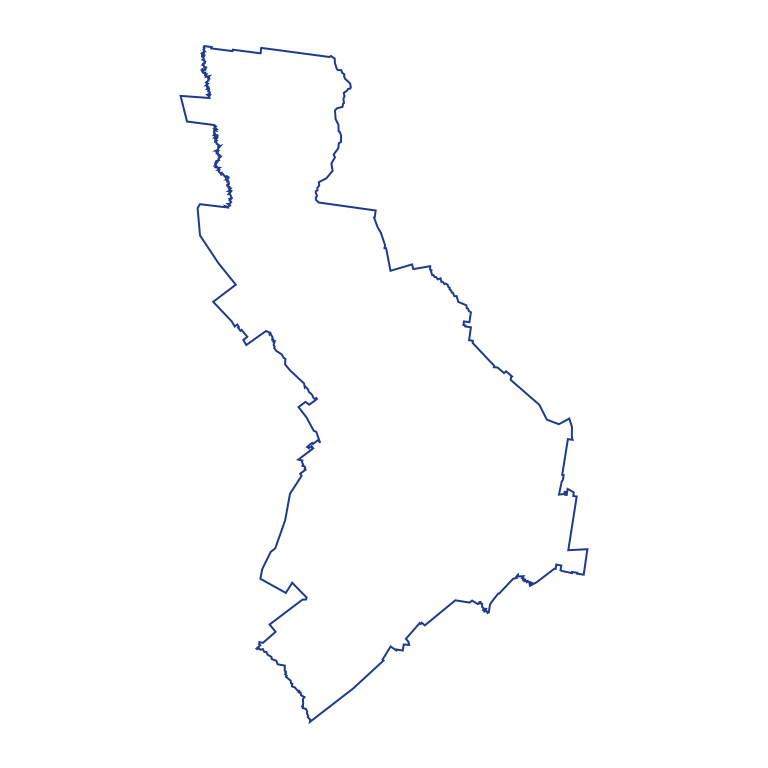 outline of Warren, New South Wales, Australia
{"feature_id": "25037944B92926148840872", "entity_name": "Warren", "entity_type": "district", "adm_level": 2, "iso_a3": "AUS", "parent_name": "Australia", "parent_adm1": "New South Wales", "projection": "albers", "projection_center": [147.59, -31.296], "detail": "fine", "context": "isolated", "style": "outline", "palette": "blue", "viewbox_px": 768, "rotation_deg": 0, "n_neighbors": 0, "source": "geoboundaries", "source_scale": "gbopen_adm2", "svg_char_len": 6027}
<svg xmlns="http://www.w3.org/2000/svg" viewBox="0 0 768 768"><path d="M256.5,648.6L257.4,649.2L258.9,648.3L260.6,649.8L262.9,649.1L264.2,651.8L266.4,652.0L267.7,654.8L271.3,656.8L271.9,659.2L276.4,660.8L277.6,664.3L284.8,665.6L284.7,670.6L285.8,671.4L285.4,672.3L286.1,673.1L285.2,674.3L286.7,675.7L285.9,676.8L290.6,680.6L291.0,683.3L292.3,683.8L291.9,686.4L294.9,687.4L297.4,690.5L298.3,690.6L298.5,691.9L299.4,691.3L299.7,692.7L300.7,692.7L301.1,695.3L304.5,697.1L302.9,699.1L303.2,703.7L302.3,706.3L303.0,706.2L302.9,708.1L305.9,708.9L307.2,711.5L307.0,713.7L308.2,715.7L307.7,717.0L310.3,719.7L309.9,721.9L353.3,688.4L383.6,660.4L382.6,659.5L390.6,646.5L396.3,650.4L396.4,649.5L402.8,650.5L403.7,644.5L409.1,644.9L408.4,641.7L405.9,638.8L419.7,623.1L420.7,624.0L421.8,622.7L424.8,625.4L455.3,600.3L469.6,602.6L472.1,600.6L477.8,604.1L478.9,603.6L479.4,602.1L480.5,602.0L480.7,603.5L482.2,603.9L482.1,607.0L483.8,608.6L482.7,610.9L484.9,608.9L486.1,608.9L484.9,611.4L486.7,611.1L487.6,613.0L488.8,612.4L490.0,604.4L493.6,599.4L498.3,593.5L499.1,593.6L513.1,578.8L516.6,577.9L516.1,577.1L518.0,574.7L518.4,576.5L523.4,576.2L522.2,577.9L524.2,578.0L522.7,578.7L523.2,580.2L525.0,579.7L524.7,581.3L527.2,580.9L527.1,582.1L528.5,581.5L532.5,583.2L531.1,584.3L529.5,583.1L529.9,585.8L536.7,582.2L554.4,568.7L555.6,568.9L556.3,564.6L561.3,565.5L560.5,570.3L562.0,571.0L572.1,573.1L572.1,572.0L577.3,572.8L577.1,573.7L583.7,574.7L587.4,549.2L568.3,550.2L576.7,496.5L573.3,496.0L573.8,492.4L567.6,488.9L566.7,495.0L565.4,494.8L566.6,492.1L564.6,491.8L564.3,494.0L559.0,494.6L561.7,481.6L563.0,479.6L563.6,475.1L562.2,474.9L567.9,439.1L572.6,439.8L571.8,436.7L572.0,427.2L569.3,418.6L558.8,424.2L546.9,419.7L539.3,404.8L510.7,379.9L511.1,377.1L512.1,376.5L506.1,371.3L504.1,373.1L497.5,367.5L493.9,367.2L494.2,365.8L472.6,342.9L472.9,340.8L469.1,340.2L470.9,327.3L465.2,326.4L465.3,325.3L463.4,325.0L464.0,321.4L469.4,322.2L470.9,312.3L468.9,311.1L468.1,308.7L466.8,308.2L466.4,305.3L458.3,301.9L456.6,296.1L454.4,296.2L452.9,292.7L451.6,292.5L451.2,290.5L449.6,289.4L449.9,288.0L448.4,287.0L447.6,284.6L445.3,283.6L444.5,284.1L442.7,281.9L441.5,282.0L440.5,278.3L437.8,279.4L436.0,277.0L434.4,276.9L433.6,275.1L432.2,275.1L431.0,271.4L431.5,270.3L430.1,269.7L430.2,266.2L413.3,269.1L412.1,264.4L390.5,270.8L386.1,248.2L384.6,248.2L385.0,245.0L380.9,232.9L377.5,226.9L374.0,217.4L374.8,217.0L375.7,210.5L318.7,202.5L316.2,200.1L315.7,198.1L317.0,195.8L315.7,192.4L315.9,191.1L317.5,190.4L317.3,187.9L319.2,185.5L318.8,182.2L326.4,178.3L332.6,170.8L331.4,163.4L335.0,157.3L333.6,154.6L338.4,148.1L338.8,143.3L341.0,141.9L341.1,135.5L339.7,131.8L338.7,131.4L338.4,124.7L335.6,119.2L335.0,110.4L337.0,108.3L342.5,106.9L343.0,103.9L344.0,103.0L343.4,99.0L344.5,96.3L343.8,92.8L347.0,90.7L348.1,88.8L350.3,88.6L350.8,87.1L350.1,83.4L345.2,78.9L344.0,76.0L344.4,74.4L342.1,72.7L341.3,70.1L337.9,70.1L336.8,68.8L334.9,63.0L334.7,58.6L330.9,56.0L329.5,57.0L261.3,47.9L260.5,53.3L232.8,49.7L232.5,51.1L211.3,48.4L211.7,47.1L204.3,46.1L203.6,47.2L204.4,48.3L203.4,49.5L204.8,51.3L203.9,51.3L203.8,53.3L202.8,52.7L201.7,53.5L203.7,55.0L202.0,55.5L202.0,56.5L204.1,56.1L203.3,57.6L203.7,58.6L202.6,59.7L204.4,60.3L204.4,61.5L205.2,61.7L204.7,63.3L202.3,63.9L203.3,64.1L202.5,64.9L203.7,65.3L204.2,67.5L207.0,67.2L204.9,68.3L205.4,69.7L203.1,70.5L202.4,69.2L200.9,70.4L201.7,70.2L202.9,72.5L205.0,72.6L204.3,73.3L205.1,73.6L205.0,74.9L206.5,74.4L205.8,76.9L209.2,76.2L208.7,76.7L209.3,78.5L208.2,78.5L208.5,80.4L206.1,82.5L207.9,83.6L206.0,85.4L207.3,85.4L207.8,86.7L206.4,87.5L208.6,87.4L208.9,88.3L207.2,89.2L209.1,90.1L208.3,91.4L209.9,92.4L209.8,93.6L207.2,94.7L208.4,95.7L209.8,95.4L209.1,96.5L209.5,98.0L180.6,95.9L187.0,121.5L214.5,125.1L215.1,125.7L214.7,126.4L215.7,126.6L214.8,127.5L216.5,129.1L214.4,129.1L215.9,130.7L214.2,130.4L213.9,132.6L215.0,133.4L213.8,135.1L216.2,135.1L214.8,137.0L217.5,136.1L217.3,137.9L214.9,138.5L216.4,140.0L215.3,140.1L215.1,141.7L216.3,141.5L216.5,143.7L218.6,144.8L218.3,146.6L220.3,146.0L218.2,148.3L218.1,149.7L215.7,150.8L218.0,151.1L216.5,152.4L216.6,153.5L218.0,153.3L218.5,155.6L219.2,154.9L221.0,156.4L218.4,158.8L219.1,160.2L216.3,161.0L215.5,162.6L216.9,162.5L214.7,165.6L216.2,165.6L216.6,166.4L215.7,167.3L219.3,167.7L218.1,168.4L219.0,169.3L217.9,170.0L219.3,170.2L218.7,171.5L220.0,172.9L221.7,172.8L221.5,173.7L220.7,173.6L221.2,174.7L223.2,174.2L224.7,176.5L225.9,176.3L225.9,177.4L227.2,176.4L228.6,177.3L228.4,178.4L226.3,179.7L227.1,179.8L227.2,181.6L228.4,181.2L229.0,183.9L228.4,184.7L227.2,183.8L227.7,184.6L227.0,185.2L227.8,186.7L229.4,186.8L229.1,188.0L230.7,188.4L229.4,189.8L230.9,190.7L228.8,191.4L230.6,191.9L228.7,194.1L229.9,194.0L231.8,198.0L229.7,198.8L230.5,199.4L229.5,200.2L231.2,202.0L229.6,203.8L228.0,204.0L230.0,205.4L228.3,206.9L225.8,206.3L226.9,207.4L200.0,204.2L197.6,208.1L200.0,235.4L218.3,263.0L235.8,284.7L213.2,301.8L231.7,321.4L234.8,326.5L237.2,324.6L238.9,327.0L238.1,327.7L240.4,330.8L241.6,329.9L247.3,336.8L243.3,339.9L246.3,345.0L266.0,331.0L269.3,332.5L269.6,334.3L270.5,333.2L271.1,334.9L270.5,335.4L271.3,335.2L272.5,336.9L272.2,339.6L273.3,339.5L273.4,340.8L274.5,341.1L273.5,341.8L274.4,342.2L273.6,344.9L274.6,346.4L274.2,348.0L276.2,350.8L281.7,354.4L283.7,357.8L285.4,358.9L285.1,364.4L290.2,370.5L304.1,383.5L304.8,387.6L305.7,386.9L308.0,389.3L308.9,391.9L311.9,394.5L313.6,398.1L314.8,399.0L316.3,398.0L316.9,399.1L309.3,404.7L305.4,401.9L298.5,407.1L306.5,417.4L313.7,430.7L316.2,431.8L320.2,442.9L318.2,440.0L312.9,444.0L312.1,442.9L310.8,443.9L307.1,447.0L308.7,448.0L308.6,447.1L311.2,447.3L311.7,446.4L313.2,448.4L298.3,459.6L302.4,460.5L301.9,461.9L303.1,464.4L302.4,465.8L304.6,466.4L305.2,467.7L304.6,468.8L305.6,469.7L300.1,473.7L301.6,475.8L290.0,493.8L285.2,520.0L282.5,527.9L275.2,548.4L270.7,551.9L262.2,569.2L260.4,578.8L285.8,592.9L292.2,582.8L306.6,597.5L306.1,599.5L302.5,599.6L269.6,624.5L275.6,631.8L262.9,642.9L259.4,642.1L259.1,644.2L260.3,645.2L256.5,648.6Z" fill="none" stroke="#1e3a8a" stroke-width="2"/></svg>